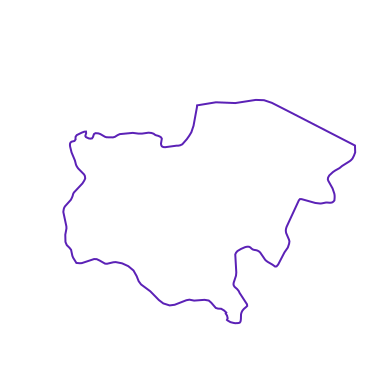 SVG path tracing the border of Oio, rotated 27°
{"feature_id": "GNB-772", "entity_name": "Oio", "entity_type": "Region", "adm_level": 1, "iso_a3": "GNB", "parent_name": "Guinea-Bissau", "parent_adm1": "", "projection": "orthographic", "projection_center": [-15.268, 12.289], "detail": "fine", "context": "isolated", "style": "outline", "palette": "violet", "viewbox_px": 384, "rotation_deg": 27, "n_neighbors": 0, "source": "natural_earth", "source_scale": "10m", "svg_char_len": 2834}
<svg xmlns="http://www.w3.org/2000/svg" viewBox="0 0 384 384"><g transform="rotate(27 192 192)"><path d="M236.9,76.3L316.1,76.6L319.4,82.6L319.8,86.0L319.8,89.4L319.2,91.5L318.5,93.0L313.9,100.7L312.6,103.7L309.8,107.9L308.5,110.3L306.8,114.9L306.7,117.4L307.3,119.1L308.3,120.1L315.6,125.0L319.5,128.8L320.2,129.7L320.9,130.8L321.7,132.4L322.7,134.9L322.3,136.5L321.5,137.8L320.4,138.6L319.0,139.3L317.5,139.9L316.1,140.6L312.7,143.3L311.4,144.1L306.8,145.8L292.9,148.6L291.4,149.3L291.0,150.9L292.1,180.0L292.4,181.8L292.9,183.4L293.6,184.6L294.5,185.8L300.0,190.4L301.2,191.7L302.0,194.0L302.6,198.0L301.8,203.8L301.7,217.5L301.1,219.9L299.9,220.7L296.7,220.2L291.2,219.9L289.4,219.6L288.0,219.2L280.3,215.0L279.3,214.7L278.3,214.5L276.8,214.5L275.3,214.8L273.9,215.3L272.3,215.6L270.7,215.4L269.2,214.9L267.7,214.9L266.5,215.4L265.3,216.2L264.2,217.2L261.5,220.5L259.3,224.0L258.8,226.1L258.9,228.0L268.0,243.6L269.2,246.6L270.3,253.8L270.8,255.3L271.7,256.4L273.1,257.2L276.3,258.0L278.7,259.1L280.2,260.3L292.0,267.1L292.9,268.5L292.4,270.0L291.3,272.6L290.8,274.7L290.8,276.6L290.9,277.3L291.2,278.7L293.2,282.9L293.9,284.8L294.0,285.9L293.8,286.8L293.4,287.2L292.5,287.9L291.3,288.6L290.0,289.3L288.4,289.8L285.3,290.5L282.0,290.3L281.2,290.1L281.1,288.3L279.3,286.2L277.2,285.0L277.3,283.9L274.3,283.0L271.0,282.8L268.1,284.1L265.8,284.5L259.4,281.9L256.2,281.1L252.1,282.4L243.2,287.8L238.6,289.1L236.1,291.0L227.8,300.3L223.6,303.2L217.0,304.3L211.5,303.3L199.9,299.4L188.6,297.5L185.0,295.7L180.9,292.1L175.5,288.5L168.9,287.0L162.1,287.3L155.8,289.1L153.7,290.4L148.9,294.5L147.1,295.3L140.8,295.0L137.6,295.1L135.2,296.2L126.1,305.4L124.4,306.4L121.2,307.7L115.9,304.5L114.3,303.1L110.5,298.4L108.1,297.3L104.6,296.2L103.0,294.9L101.9,293.9L98.5,287.6L96.7,281.5L95.7,279.7L86.4,268.2L85.6,265.8L85.3,264.5L85.3,262.6L87.6,254.0L87.6,251.5L87.4,249.5L87.0,247.9L87.0,246.1L90.5,234.0L90.8,230.8L90.7,228.5L89.9,227.2L89.0,226.1L87.7,225.3L79.9,222.7L78.6,222.0L77.3,221.2L76.2,220.3L73.4,217.1L66.7,211.4L62.8,206.9L62.0,205.7L61.4,204.4L61.3,203.1L61.8,201.9L64.1,199.9L64.4,198.0L63.8,197.0L63.2,195.6L63.5,193.6L66.8,189.2L68.6,187.2L70.1,186.3L71.0,187.7L71.5,190.5L72.5,191.2L73.9,191.2L75.8,191.1L77.4,190.5L78.6,189.6L78.8,187.7L78.5,186.2L78.4,184.8L79.3,183.4L81.9,182.3L84.0,182.0L89.5,182.3L91.1,182.0L96.8,179.2L98.3,177.8L99.9,175.1L101.4,173.2L112.4,166.2L118.0,164.2L120.9,162.7L126.3,158.9L129.1,157.8L131.4,157.5L132.8,157.8L134.1,157.8L135.0,157.6L136.4,157.3L138.1,157.2L139.7,157.4L140.9,158.2L142.4,163.0L143.3,164.2L144.4,165.0L146.0,165.0L147.7,164.3L157.4,157.6L158.8,156.9L160.3,155.7L161.7,153.9L163.4,147.3L164.0,143.1L164.3,139.1L163.3,132.3L157.9,114.2L157.2,112.5L172.6,101.2L190.2,93.1L207.0,81.0L214.5,77.5L222.7,76.3L236.9,76.3Z" fill="none" stroke="#5b21b6" stroke-width="2"/></g></svg>